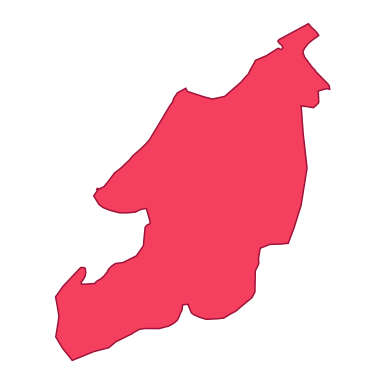 Ash Sha'ir, Ibb, Yemen (Natural Earth projection), rotated 88°
{"feature_id": "15242507B78459135139999", "entity_name": "Ash Sha'ir", "entity_type": "district", "adm_level": 2, "iso_a3": "YEM", "parent_name": "Yemen", "parent_adm1": "Ibb", "projection": "natural_earth1", "projection_center": [44.362, 14.033], "detail": "fine", "context": "isolated", "style": "filled", "palette": "rose", "viewbox_px": 384, "rotation_deg": 88, "n_neighbors": 0, "source": "geoboundaries", "source_scale": "gbopen_adm2", "svg_char_len": 3058}
<svg xmlns="http://www.w3.org/2000/svg" viewBox="0 0 384 384"><g transform="rotate(88 192 192)"><path d="M246.5,97.6L232.0,91.5L218.6,86.8L213.8,85.1L209.3,83.5L182.8,78.3L172.0,76.2L171.9,76.2L147.4,78.1L142.4,78.5L138.5,78.8L126.4,79.3L119.6,79.5L118.0,79.6L109.8,79.9L110.9,72.7L112.0,67.8L110.2,65.4L107.1,62.2L101.7,62.2L97.5,62.3L95.5,62.3L93.4,54.1L94.2,50.8L90.7,51.1L88.4,52.7L76.0,64.1L75.3,64.2L71.0,67.9L66.6,71.0L66.4,71.0L61.1,74.8L59.0,75.4L57.2,76.3L54.8,75.8L52.2,74.5L49.3,72.0L48.0,70.9L44.6,66.8L40.1,59.9L39.1,60.4L38.5,60.6L37.1,61.7L35.3,63.1L31.0,67.4L29.9,68.0L27.9,69.8L42.7,99.7L44.2,100.9L44.7,100.8L45.6,99.9L46.0,99.8L46.4,99.5L47.2,98.7L47.8,97.9L48.5,97.2L49.3,96.8L50.3,96.5L50.7,96.4L51.3,96.4L51.9,96.7L52.5,97.8L52.6,98.5L52.2,99.3L51.6,100.0L51.5,100.6L51.4,101.0L58.4,112.9L59.1,114.8L62.7,124.1L65.2,125.3L69.5,128.0L72.2,129.6L75.9,131.5L79.6,135.2L82.6,138.0L84.1,139.4L86.1,141.9L86.5,142.3L89.5,146.1L95.5,153.4L97.5,155.9L97.6,156.1L99.8,168.4L97.2,177.1L93.5,187.2L93.4,187.6L92.7,189.5L91.3,193.1L88.1,194.6L92.3,203.0L97.7,207.0L101.3,208.2L104.8,211.0L110.8,214.9L119.7,220.6L121.3,221.6L121.6,221.8L123.0,222.7L138.9,233.1L143.2,237.4L148.1,242.9L148.5,243.5L150.4,245.8L153.5,249.7L158.4,254.0L158.9,254.7L160.7,256.7L163.2,259.5L165.9,262.6L168.6,266.3L169.6,267.8L170.2,268.6L170.3,268.8L178.2,275.1L180.6,277.2L181.4,277.9L183.5,279.7L185.6,284.4L185.5,284.7L186.1,285.3L185.1,286.2L185.8,287.2L187.4,286.7L192.4,290.4L201.1,285.5L204.5,281.3L207.0,275.6L207.7,273.8L210.3,265.0L210.6,257.5L210.1,249.2L208.8,246.6L207.5,243.2L207.1,240.3L206.9,238.2L219.3,235.1L222.2,235.0L223.3,237.9L225.5,240.0L226.2,240.1L227.3,240.3L228.0,240.4L231.0,240.8L232.3,241.0L233.4,241.1L240.3,242.0L244.1,242.5L250.3,247.1L252.3,248.7L253.9,249.9L260.1,263.5L260.6,269.0L260.8,271.0L263.1,274.7L266.4,278.2L269.1,279.6L272.7,282.7L275.7,286.2L277.4,289.7L278.6,291.2L279.9,292.2L280.1,293.6L280.3,301.7L280.4,303.1L280.1,305.6L279.0,306.1L278.0,305.6L277.0,304.7L274.9,303.2L272.2,301.7L269.0,301.0L264.5,301.4L263.7,302.9L263.6,305.9L281.5,324.0L290.4,330.8L292.0,332.0L298.9,331.0L300.7,330.7L306.1,330.0L306.9,329.9L311.3,329.3L317.1,330.3L318.2,330.5L332.1,333.2L343.4,327.0L356.1,317.6L349.9,300.8L348.0,295.4L344.7,280.6L339.0,273.3L331.4,256.6L330.1,254.7L327.4,249.2L326.8,244.2L326.9,240.8L327.3,231.4L327.3,229.4L325.1,219.6L324.7,218.9L323.6,216.8L322.7,215.1L319.9,211.4L318.0,210.2L316.7,209.5L312.4,207.7L309.5,206.0L305.2,205.5L304.6,205.4L304.3,202.8L304.2,202.1L304.0,200.5L304.3,199.7L304.6,199.9L310.1,197.8L312.7,196.8L314.8,194.3L316.6,190.5L316.7,190.4L317.2,189.4L317.5,188.7L318.9,184.6L319.7,182.5L319.7,178.8L319.6,175.0L319.6,171.4L319.1,164.7L318.6,163.7L315.3,157.9L312.6,152.3L312.3,152.0L308.1,146.7L307.7,146.2L303.4,140.6L299.6,135.7L295.6,133.4L294.2,132.6L273.1,131.5L269.7,129.7L269.4,129.5L266.1,127.8L260.7,127.8L251.5,126.0L250.4,125.3L250.0,124.2L247.1,116.1L247.1,111.8L247.1,110.9L247.1,104.4L246.6,97.6L246.5,97.6Z" fill="#f43f5e" stroke="#9f1239" stroke-width="1.5"/></g></svg>